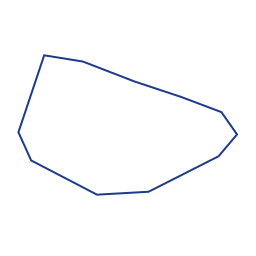 outline of Şəki, rotated 93°
{"feature_id": "AZE-5564", "entity_name": "Şəki", "entity_type": "Municipality", "adm_level": 1, "iso_a3": "AZE", "parent_name": "Azerbaijan", "parent_adm1": "", "projection": "orthographic", "projection_center": [47.182, 41.199], "detail": "fine", "context": "isolated", "style": "outline", "palette": "blue", "viewbox_px": 256, "rotation_deg": 93, "n_neighbors": 0, "source": "natural_earth", "source_scale": "10m", "svg_char_len": 300}
<svg xmlns="http://www.w3.org/2000/svg" viewBox="0 0 256 256"><g transform="rotate(93 128 128)"><path d="M128.7,18.8L151.5,36.1L190.6,104.2L196.2,155.5L165.5,223.0L138.0,237.2L59.8,215.5L64.0,176.6L81.2,124.0L94.3,76.3L107.3,35.5L128.7,18.8Z" fill="none" stroke="#1e3a8a" stroke-width="2"/></g></svg>